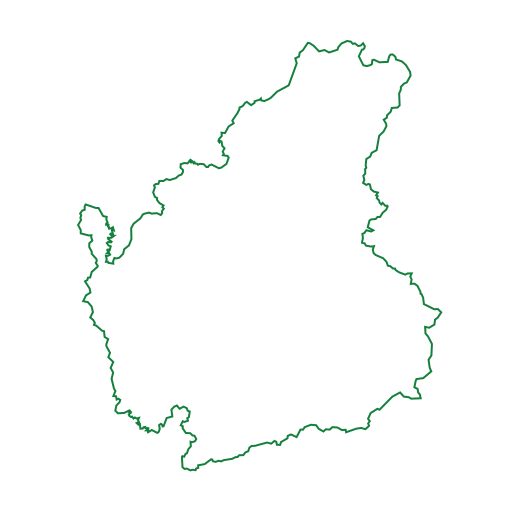 outline of Morafenobe, Melaky, Madagascar, rotated 263°
{"feature_id": "10022922B27026898293410", "entity_name": "Morafenobe", "entity_type": "district", "adm_level": 2, "iso_a3": "MDG", "parent_name": "Madagascar", "parent_adm1": "Melaky", "projection": "orthographic", "projection_center": [45.038, -17.912], "detail": "fine", "context": "isolated", "style": "outline", "palette": "green", "viewbox_px": 512, "rotation_deg": 263, "n_neighbors": 0, "source": "geoboundaries", "source_scale": "gbopen_adm2", "svg_char_len": 6007}
<svg xmlns="http://www.w3.org/2000/svg" viewBox="0 0 512 512"><g transform="rotate(263 256 256)"><path d="M454.1,388.2L452.2,385.8L451.9,383.1L455.0,380.0L454.8,377.9L457.2,376.3L458.3,372.6L456.5,366.7L453.3,363.2L450.8,362.0L449.1,353.4L452.1,349.1L451.4,343.5L457.6,338.9L460.7,335.2L461.2,333.4L454.5,327.6L452.6,324.2L448.7,323.0L447.4,319.1L442.3,319.9L421.4,309.3L416.6,297.0L411.0,289.7L409.6,286.1L408.8,283.0L409.9,280.1L411.7,280.0L410.7,278.8L409.8,273.5L408.2,273.2L406.3,269.5L410.1,265.7L409.4,264.0L406.3,260.9L405.4,257.7L403.8,257.5L400.1,255.0L393.3,249.0L390.5,250.0L387.9,244.6L381.8,240.2L382.6,236.8L379.4,236.7L376.5,233.5L374.5,232.7L373.2,233.5L374.6,234.5L373.9,235.7L369.3,236.0L366.8,237.9L363.6,235.7L361.2,236.5L360.0,235.5L358.8,240.0L357.0,240.9L351.0,237.9L348.0,232.4L347.6,229.9L352.2,223.0L351.5,220.3L350.2,219.3L350.4,217.6L353.5,215.3L354.3,211.6L353.7,209.5L354.7,209.0L355.2,206.9L356.5,206.4L355.7,205.6L356.6,205.2L356.8,202.7L357.6,202.5L358.2,204.0L359.5,202.6L356.3,199.4L357.0,196.2L356.3,192.5L352.9,191.8L350.3,194.0L348.2,193.7L345.9,192.0L345.3,189.2L343.1,186.0L341.9,179.6L343.3,176.5L341.7,173.3L342.3,169.3L339.5,167.9L339.6,165.1L338.5,163.4L336.4,164.0L331.7,161.7L327.1,162.8L325.6,164.9L323.9,164.5L320.3,166.6L317.4,170.4L315.8,169.0L314.2,170.3L311.9,168.1L310.0,168.1L308.3,166.5L310.6,162.8L310.8,157.6L312.1,155.1L311.6,150.5L311.0,148.7L307.5,145.9L303.0,138.5L298.9,135.5L287.9,134.4L282.0,131.2L278.8,126.0L274.4,124.4L271.0,120.2L270.6,116.8L271.3,115.2L268.3,113.6L265.8,113.4L267.2,108.6L268.4,108.3L268.5,106.4L270.9,107.4L274.6,107.1L274.2,108.9L275.1,111.3L276.8,110.6L277.0,108.6L278.9,110.8L279.7,109.1L280.4,109.3L280.4,111.8L283.3,113.0L284.4,110.9L287.1,109.5L287.9,110.8L287.2,113.7L287.8,114.4L290.8,111.4L292.1,111.3L291.7,114.7L293.2,117.3L293.3,115.5L295.4,114.0L296.0,114.7L295.2,116.7L299.0,116.1L299.8,116.8L298.9,118.0L302.0,117.5L301.0,115.4L301.1,113.4L302.6,113.6L303.3,112.7L304.8,113.3L305.3,111.0L306.6,111.4L307.0,112.8L310.5,111.9L313.0,112.6L314.3,109.1L322.8,105.6L323.2,102.9L327.9,93.2L326.2,92.0L322.8,91.6L322.3,89.0L319.5,86.6L317.9,87.5L315.1,86.3L313.1,86.8L308.5,83.2L303.1,85.2L299.8,84.8L296.7,92.7L296.7,95.2L294.6,94.7L291.2,95.4L289.0,92.1L285.2,91.6L280.2,93.5L278.3,93.2L272.3,97.3L270.3,97.3L268.7,96.1L265.6,97.7L264.7,97.5L260.2,91.0L254.9,88.8L254.9,86.5L252.7,85.7L251.7,83.2L244.0,86.9L239.9,87.2L237.6,82.4L232.2,79.0L230.7,83.5L225.9,86.7L220.2,87.3L215.2,84.0L212.4,86.6L209.3,87.9L207.4,86.8L206.4,88.9L200.6,94.1L199.9,96.0L194.1,95.9L191.5,99.1L186.5,96.6L184.5,96.6L177.7,99.3L173.6,97.1L168.2,101.4L162.6,98.1L157.8,100.0L151.6,97.7L141.6,98.9L139.1,100.0L134.4,97.4L133.8,100.0L130.5,100.2L131.1,102.1L129.7,103.7L127.5,102.7L124.6,99.2L119.6,97.5L116.7,99.8L116.3,106.0L118.2,111.6L117.0,112.5L116.3,111.4L115.6,112.5L114.3,110.4L112.8,110.8L111.4,112.3L111.7,113.4L109.6,114.6L110.5,116.1L109.2,117.7L109.6,120.1L107.4,118.9L105.5,119.6L104.8,117.2L103.1,118.6L104.3,119.4L103.6,120.3L98.7,120.2L98.5,122.5L99.8,123.7L99.8,125.3L98.6,125.3L98.3,128.1L96.6,127.9L97.3,127.1L96.3,125.8L96.1,127.1L94.2,127.4L96.0,131.3L92.4,136.6L93.5,138.2L96.3,139.4L100.0,139.2L101.0,141.1L100.2,142.1L98.2,142.5L98.3,143.5L106.1,147.6L106.9,153.4L113.8,153.3L116.4,156.4L117.2,159.3L113.7,161.5L115.3,165.7L113.5,168.7L110.8,169.3L109.7,171.3L104.2,169.7L103.4,168.0L100.8,168.4L100.0,164.5L100.9,163.2L97.1,160.7L95.9,162.6L93.9,162.2L88.9,164.8L88.1,169.2L85.6,171.1L85.1,173.0L81.6,174.4L79.5,172.7L79.0,169.7L79.6,168.4L75.0,168.1L72.6,165.4L68.6,163.4L68.2,162.0L65.5,160.2L66.3,158.6L65.6,158.0L55.4,157.3L53.4,159.1L53.4,161.4L51.2,164.8L51.6,167.0L50.8,169.9L52.4,170.7L52.7,172.8L55.3,173.1L55.7,179.7L59.7,186.7L59.3,187.8L57.6,188.1L56.6,190.7L57.3,194.0L56.4,196.5L57.3,198.9L57.6,207.6L58.9,211.5L58.7,213.2L60.3,215.0L59.9,219.2L62.3,221.4L63.2,224.5L66.6,226.1L68.0,228.5L67.7,231.8L69.5,244.2L67.9,248.3L70.2,251.8L69.1,253.5L66.1,253.7L65.6,257.0L68.3,258.2L71.2,265.0L73.6,265.6L74.6,269.0L71.3,274.2L78.3,279.0L77.9,281.5L80.2,283.5L81.8,290.0L80.7,295.1L76.8,297.2L73.6,301.6L75.5,304.2L74.7,308.0L76.8,310.9L75.9,315.8L72.7,320.2L72.6,323.8L70.1,324.0L72.4,334.5L72.5,339.5L70.8,343.5L73.6,347.5L76.1,346.9L78.2,348.8L80.8,347.4L86.2,350.7L89.5,357.8L88.4,359.9L99.8,374.2L103.0,382.4L98.4,385.6L97.3,390.3L95.5,392.6L94.7,402.1L98.5,401.8L100.8,400.3L104.4,400.2L106.4,397.2L112.4,399.2L114.3,400.3L114.4,407.1L120.1,415.9L123.9,414.8L131.9,414.6L136.0,418.0L147.3,419.9L155.3,416.9L158.4,414.8L165.0,415.2L163.7,419.2L166.2,424.7L171.1,426.0L172.6,428.8L177.5,433.0L181.1,430.1L181.5,426.3L187.8,416.8L194.3,416.8L198.0,415.6L198.5,414.7L200.4,414.9L206.7,412.6L209.2,409.9L209.5,406.2L213.8,407.6L216.7,406.6L219.8,408.4L220.2,404.2L219.3,401.9L222.4,396.0L225.1,392.8L226.6,392.5L226.9,390.4L229.5,388.1L230.3,385.7L234.4,384.8L238.3,381.9L242.4,374.9L244.5,373.1L248.2,372.7L251.4,374.3L251.3,371.5L252.9,366.4L255.3,365.4L256.0,363.0L256.7,362.9L260.7,364.3L265.0,364.3L265.6,366.3L268.1,368.7L266.3,373.3L267.2,375.6L270.9,370.4L277.4,373.0L278.3,374.8L278.1,379.3L279.9,381.3L279.6,383.9L283.4,386.9L286.1,390.9L289.1,392.7L289.9,392.5L290.1,390.4L293.3,388.1L291.9,386.7L293.8,385.2L296.2,384.9L298.8,382.9L300.5,384.0L301.6,382.6L304.1,384.7L305.7,380.6L308.2,378.3L313.2,377.7L313.8,376.3L313.1,374.2L315.5,371.2L318.3,372.8L322.6,372.3L324.5,374.5L329.0,374.9L330.1,376.2L332.7,375.9L338.8,377.3L340.8,381.5L344.3,383.4L346.3,388.6L360.3,392.9L364.0,397.8L369.0,401.3L371.3,401.3L375.7,399.4L377.3,402.7L379.6,403.2L382.8,407.3L386.4,408.8L386.1,414.6L387.9,416.9L399.9,417.9L403.4,420.0L406.2,420.4L409.0,423.8L409.9,426.8L416.2,431.4L419.9,431.4L427.2,428.1L431.4,424.5L434.0,418.9L436.8,418.6L439.4,416.2L439.5,414.0L438.0,412.6L432.6,410.4L433.2,402.2L436.5,396.8L436.2,395.3L432.5,394.5L431.6,393.2L431.0,389.2L432.2,385.8L441.6,382.4L447.9,386.3L447.9,387.7L449.0,388.8L450.9,389.6L454.1,388.2Z" fill="none" stroke="#15803d" stroke-width="2"/></g></svg>